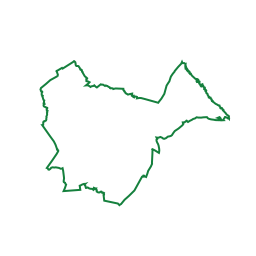 Cuautla, Morelos, Mexico, rotated 286°
{"feature_id": "50627088B30536777812512", "entity_name": "Cuautla", "entity_type": "district", "adm_level": 2, "iso_a3": "MEX", "parent_name": "Mexico", "parent_adm1": "Morelos", "projection": "natural_earth1", "projection_center": [-98.942, 18.823], "detail": "fine", "context": "isolated", "style": "outline", "palette": "green", "viewbox_px": 256, "rotation_deg": 286, "n_neighbors": 0, "source": "geoboundaries", "source_scale": "gbopen_adm2", "svg_char_len": 5854}
<svg xmlns="http://www.w3.org/2000/svg" viewBox="0 0 256 256"><g transform="rotate(286 128 128)"><path d="M142.4,33.3L140.8,33.3L140.3,33.8L139.7,34.0L139.0,34.9L139.3,35.5L139.0,35.7L137.9,35.4L136.1,35.9L135.7,36.5L135.5,37.2L135.0,37.2L134.6,37.0L134.1,37.5L132.0,38.8L131.6,39.2L131.4,39.9L130.5,39.9L129.4,40.2L128.5,40.0L128.0,40.3L128.5,40.9L128.1,41.2L127.7,40.7L126.8,40.5L126.2,40.7L125.7,41.1L125.5,41.6L125.1,44.8L124.3,45.0L123.7,44.6L122.3,45.2L122.3,45.9L120.8,45.9L120.8,46.0L120.6,46.1L119.8,46.1L118.5,46.6L116.4,46.4L115.7,46.8L114.7,46.8L113.6,47.2L112.6,47.1L112.0,46.4L111.5,46.1L111.5,45.6L110.8,45.0L109.5,45.2L108.7,44.7L108.9,44.9L108.8,45.1L107.8,45.6L107.2,45.1L107.1,44.8L98.5,55.5L94.7,60.4L92.0,62.9L88.9,65.1L88.3,65.8L88.0,65.6L87.5,65.9L87.2,67.1L86.5,67.3L83.5,66.6L75.9,64.1L67.2,61.0L67.1,61.9L66.1,63.0L66.2,63.7L67.3,64.6L68.6,65.1L69.4,66.3L69.7,68.1L70.2,69.2L70.3,69.7L70.6,72.7L70.3,74.5L70.8,75.7L71.3,76.2L68.9,77.5L63.5,79.8L62.0,80.4L59.2,80.8L58.6,81.0L58.3,81.3L58.0,82.6L57.3,83.0L56.6,84.1L52.6,83.9L49.6,83.5L55.4,99.2L59.2,97.5L59.6,98.1L61.0,99.5L62.2,101.2L62.0,101.7L62.4,102.3L61.6,101.9L61.4,102.1L61.0,102.3L60.4,103.2L59.3,103.7L58.8,104.1L59.1,104.8L59.7,105.5L59.6,106.3L59.3,106.9L59.2,108.4L59.6,110.4L59.1,111.6L61.1,111.7L60.9,112.9L61.1,113.9L60.1,113.6L60.2,114.0L60.0,114.8L59.5,115.2L58.9,115.2L58.3,115.4L57.9,116.8L58.0,117.9L58.4,118.7L59.0,119.0L59.5,119.7L59.5,120.2L59.2,120.6L58.6,121.0L58.7,121.7L59.1,122.4L58.9,122.9L57.2,122.9L57.2,123.3L55.9,123.4L51.6,125.2L52.6,139.1L51.5,141.0L52.0,141.3L53.0,142.3L58.1,144.5L62.8,147.5L69.7,151.4L85.0,154.9L85.5,156.3L85.8,155.9L86.2,155.8L86.4,155.8L86.6,156.2L86.6,156.7L86.2,157.1L85.9,158.9L89.6,159.2L92.3,159.2L97.3,160.6L100.2,161.0L100.8,160.7L103.4,160.1L109.4,158.7L113.7,157.6L114.3,157.4L114.5,156.8L114.8,156.5L114.5,156.9L113.9,159.9L112.6,164.6L113.0,164.6L114.9,164.3L116.6,163.7L119.6,162.2L121.1,161.1L121.8,160.3L123.3,159.1L124.5,158.6L125.4,159.1L126.7,158.0L126.9,159.7L128.3,161.6L128.0,163.7L127.5,164.8L127.6,165.8L128.7,167.3L130.7,168.7L131.6,170.5L132.4,171.6L133.2,172.2L135.9,173.0L138.0,173.8L141.4,176.7L145.7,179.6L147.2,180.1L147.7,179.5L148.5,179.1L148.7,179.8L149.3,181.0L150.1,181.5L150.5,181.9L151.2,182.2L151.2,182.5L150.6,183.2L150.3,184.0L151.9,185.4L153.3,187.0L154.7,188.2L155.6,189.7L157.2,191.0L157.4,192.7L158.1,195.4L159.0,197.4L160.2,200.9L159.4,202.0L159.1,203.4L159.2,205.6L159.6,208.2L159.7,209.8L160.0,211.1L161.0,214.9L161.0,214.4L161.7,213.5L161.9,212.7L162.5,211.8L162.5,211.5L163.7,213.0L162.8,214.4L162.1,214.8L161.5,215.4L161.1,215.6L161.8,217.6L162.0,217.2L163.6,217.8L165.3,218.2L165.4,218.5L165.2,219.1L165.3,219.5L165.0,221.2L164.8,221.5L165.1,222.0L164.7,222.6L165.3,222.5L165.9,221.9L167.1,221.8L167.6,220.8L167.7,220.1L168.4,218.7L169.5,217.4L169.8,216.6L170.5,215.8L170.8,215.0L171.1,214.5L171.7,214.7L172.2,213.8L172.1,213.6L173.0,212.9L173.0,212.6L172.4,212.0L172.4,211.6L172.6,211.3L173.1,211.3L173.4,211.1L174.0,210.0L174.8,209.8L174.8,207.9L175.2,206.9L175.3,205.9L175.7,204.7L176.2,203.8L176.5,202.6L177.3,202.1L177.4,201.8L177.1,201.2L177.6,200.8L178.5,200.6L178.8,200.2L178.9,199.5L179.1,199.1L179.8,199.0L179.5,197.6L179.6,197.2L179.9,197.1L180.3,197.6L180.9,196.3L181.9,195.3L182.4,195.3L182.9,194.7L183.1,193.8L184.5,193.0L184.6,192.6L185.5,192.9L185.8,192.6L185.6,192.0L185.9,191.4L186.1,191.7L186.3,191.7L186.6,191.2L186.7,190.4L187.1,190.4L187.1,190.9L187.6,190.9L188.0,190.7L187.9,189.9L189.2,188.8L189.4,188.5L189.3,188.2L188.2,187.5L188.2,187.1L188.8,187.4L189.0,186.6L190.3,187.7L190.6,187.5L189.3,185.8L189.4,185.5L189.9,185.3L190.1,184.5L191.3,183.5L191.6,183.6L191.8,184.1L192.1,184.1L192.3,184.0L192.3,183.4L192.0,182.7L191.7,181.9L191.3,181.9L191.2,181.6L191.7,181.1L192.2,180.9L192.6,181.3L192.6,182.5L192.8,182.7L193.1,182.7L193.7,182.3L194.1,181.4L194.1,180.5L193.8,179.9L193.8,179.3L195.9,175.1L196.3,174.6L197.1,173.8L196.9,173.0L197.2,172.6L197.8,172.9L197.9,172.6L197.9,171.8L198.7,171.8L199.1,171.6L199.3,171.3L198.8,170.3L198.9,170.0L199.2,169.8L199.7,169.8L199.9,169.6L199.7,168.7L200.0,168.6L200.4,169.3L200.6,169.1L201.3,168.3L201.2,168.1L200.8,168.0L200.7,167.8L200.8,167.0L201.4,166.8L202.1,167.1L202.3,166.8L202.3,166.4L202.6,166.3L203.0,166.8L203.9,166.2L203.9,165.9L204.7,165.9L205.1,165.6L205.5,165.6L205.4,165.4L205.9,164.1L205.4,162.8L205.4,162.5L206.4,161.7L204.4,161.4L200.6,159.4L195.6,157.2L195.0,157.2L192.5,156.1L189.4,155.1L188.4,155.0L184.2,154.9L182.5,154.3L179.4,153.4L170.8,153.5L165.4,152.0L161.8,150.5L160.6,150.1L160.5,136.7L160.4,132.4L160.1,130.9L159.0,128.5L159.7,128.5L160.3,128.2L160.4,127.2L160.2,126.0L159.4,125.6L160.0,125.1L159.4,125.0L159.3,124.7L159.9,124.3L160.5,123.4L160.4,123.1L160.0,123.0L160.1,122.7L160.6,122.5L161.6,122.6L162.2,122.5L160.8,119.8L160.3,119.1L160.1,118.6L160.4,117.9L160.5,117.0L160.8,116.6L160.8,116.1L162.4,114.5L162.3,114.2L163.0,113.8L163.3,113.0L164.4,112.7L162.6,105.2L162.2,104.4L161.4,103.1L161.8,102.7L161.8,101.4L161.3,100.3L161.4,99.7L162.0,99.3L162.2,97.9L162.7,96.6L162.6,95.7L162.8,95.0L162.6,94.6L162.1,94.3L162.8,91.9L162.4,90.9L162.5,89.8L158.4,86.9L158.7,85.8L159.4,84.4L159.7,83.8L159.3,83.6L159.2,83.8L158.0,81.4L157.1,80.6L157.6,79.6L157.9,77.7L157.8,76.9L157.4,75.9L160.2,77.8L161.4,78.4L161.7,76.8L161.7,76.0L161.6,75.5L161.6,75.1L163.6,74.4L164.0,74.7L164.2,75.1L164.5,75.1L165.2,73.7L165.4,73.1L165.9,72.1L168.5,69.4L169.3,69.0L169.4,68.3L170.9,67.7L171.3,66.7L170.9,66.3L171.0,66.1L172.7,64.8L173.1,64.1L173.8,63.4L173.8,62.8L173.4,61.4L173.7,60.7L175.1,59.9L175.8,59.8L176.1,59.5L176.8,59.1L176.9,58.7L177.4,58.0L177.4,57.7L176.3,57.0L167.1,48.8L167.6,48.0L163.7,44.3L163.2,43.6L162.8,43.6L162.3,44.2L159.9,45.9L158.2,46.0L157.8,46.2L158.2,45.9L157.9,45.4L152.6,40.1L147.9,37.1L142.4,33.3Z" fill="none" stroke="#15803d" stroke-width="2"/></g></svg>